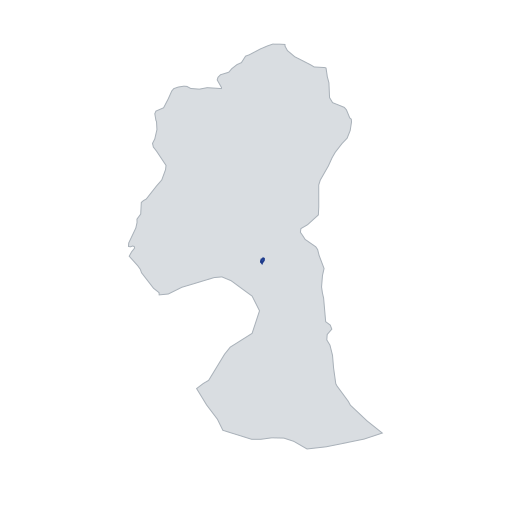 Ikšķile, Ikskiles, Latvia shown in context, rotated 257°
{"feature_id": "27541924B16568384003346", "entity_name": "Ikšķile", "entity_type": "district", "adm_level": 2, "iso_a3": "LVA", "parent_name": "Latvia", "parent_adm1": "Ikskiles", "projection": "mercator", "projection_center": [24.5, 56.833], "detail": "fine", "context": "in_parent", "style": "filled", "palette": "blue", "viewbox_px": 512, "rotation_deg": 257, "n_neighbors": 0, "source": "geoboundaries", "source_scale": "gbopen_adm2", "svg_char_len": 3040}
<svg xmlns="http://www.w3.org/2000/svg" viewBox="0 0 512 512"><g transform="rotate(257 256 256)"><path d="M367.9,379.6L365.1,379.2L357.1,376.0L350.3,371.3L346.3,365.2L339.3,356.6L334.7,352.3L327.5,346.8L315.5,335.7L311.1,333.1L289.7,328.2L282.0,326.0L274.9,313.3L272.6,305.9L269.1,304.6L265.3,306.1L261.1,307.6L251.5,316.3L248.4,317.5L242.4,317.6L228.5,319.5L222.1,316.4L211.1,312.9L205.1,312.4L199.8,312.4L176.3,309.1L172.0,312.8L167.7,313.4L163.5,307.7L158.3,306.1L152.5,308.0L142.0,308.2L129.5,306.4L113.7,305.0L111.3,305.6L93.7,313.2L89.4,314.4L70.2,327.2L55.1,339.2L53.3,320.1L54.3,281.5L56.5,262.3L67.0,251.0L72.3,242.2L75.3,230.5L76.3,219.6L78.4,210.5L93.6,184.5L105.6,181.7L121.9,174.4L140.2,168.3L143.7,176.1L145.5,181.9L167.4,203.3L173.0,210.4L181.5,234.8L201.8,247.1L217.8,243.2L224.7,237.2L237.5,226.2L243.3,218.1L244.4,210.3L242.2,176.7L238.7,162.0L239.9,152.9L242.1,153.3L247.6,148.9L265.4,140.7L269.0,140.3L273.1,138.6L284.3,132.4L288.0,135.7L291.0,139.5L292.6,139.5L293.5,138.1L293.2,135.7L294.0,133.9L297.3,134.9L310.3,145.2L315.3,147.6L318.7,148.3L322.8,153.1L334.0,156.3L335.3,158.8L336.2,161.9L346.6,174.8L351.3,181.3L360.5,187.3L364.5,188.7L380.7,182.6L385.2,180.5L389.0,180.5L392.8,183.7L401.4,187.9L409.3,189.3L410.7,189.0L417.4,189.4L419.7,191.1L421.2,199.3L428.8,205.8L435.8,211.1L437.6,213.6L438.1,218.3L437.7,223.9L436.8,226.8L433.9,230.1L431.3,238.4L431.0,246.3L426.9,260.0L427.8,260.3L436.3,257.8L438.7,259.2L440.6,262.2L441.2,270.8L444.0,274.6L446.8,280.6L447.7,285.3L453.1,290.8L453.5,294.4L456.8,307.0L458.1,314.3L458.7,319.9L457.0,327.0L455.6,331.8L453.9,331.5L449.1,332.8L441.4,338.6L430.0,352.2L427.1,355.2L424.1,365.5L423.4,366.5L416.8,366.0L415.0,365.8L408.3,366.0L393.8,363.3L388.2,365.1L380.9,375.5L378.0,377.0L369.5,378.4L367.9,379.6Z" fill="#d9dde1" stroke="#a8b0b8" stroke-width="1"/><path d="M246.6,260.0L246.8,260.1L247.0,260.1L247.3,260.1L247.6,260.1L247.8,260.2L247.8,260.3L247.6,260.3L247.8,260.3L247.9,260.2L247.9,260.3L247.8,260.5L248.0,260.7L248.1,260.8L248.3,261.0L248.5,261.3L248.8,261.6L249.0,261.7L249.1,261.8L249.3,262.1L249.4,262.3L249.5,262.3L249.8,262.3L249.9,262.5L250.0,262.6L250.1,262.8L250.3,262.9L250.3,263.0L250.5,263.0L250.8,263.1L251.0,263.2L251.3,263.2L251.3,263.3L251.3,263.2L251.6,263.3L251.7,263.1L251.8,263.1L251.9,262.9L252.0,262.8L251.9,262.8L252.0,262.8L252.0,262.7L252.0,262.4L251.9,262.2L251.9,262.3L251.9,262.2L251.7,262.2L251.6,261.8L251.6,261.7L251.7,261.3L251.7,261.2L251.2,261.0L251.2,260.9L251.4,260.8L251.4,260.7L251.6,260.7L251.6,260.4L251.4,260.3L251.2,260.3L250.9,260.3L250.7,260.3L250.4,260.4L250.2,260.4L250.3,260.3L250.3,260.2L250.5,260.0L250.4,259.9L250.3,260.0L250.3,259.9L250.2,259.9L250.1,259.7L249.9,259.5L249.5,259.4L249.5,259.6L249.4,259.7L249.4,259.9L249.2,259.9L249.3,259.8L249.3,259.7L249.2,259.7L249.1,259.8L249.1,260.0L249.1,260.3L248.8,260.3L248.7,260.3L248.6,260.2L248.4,260.2L248.2,260.1L247.9,260.0L247.7,260.1L247.4,260.1L247.2,260.1L246.9,260.1L246.7,260.1L246.6,260.0Z" fill="#3b82f6" stroke="#1e3a8a" stroke-width="1.5"/></g></svg>